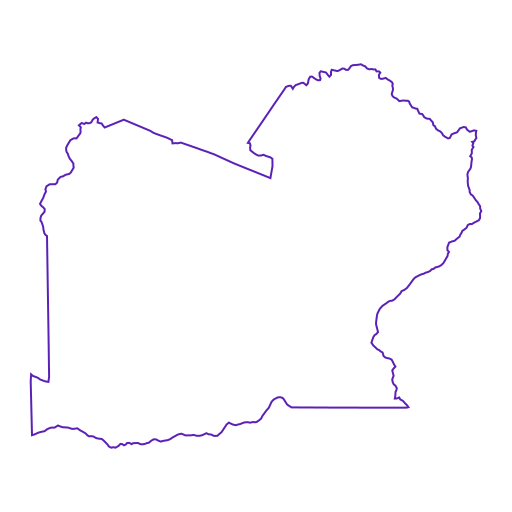 Pedra Preta, Mato Grosso, Brazil (Albers equal-area conic projection)
{"feature_id": "56859067B80080271615532", "entity_name": "Pedra Preta", "entity_type": "district", "adm_level": 2, "iso_a3": "BRA", "parent_name": "Brazil", "parent_adm1": "Mato Grosso", "projection": "albers", "projection_center": [-54.182, -16.79], "detail": "fine", "context": "isolated", "style": "outline", "palette": "violet", "viewbox_px": 512, "rotation_deg": 0, "n_neighbors": 0, "source": "geoboundaries", "source_scale": "gbopen_adm2", "svg_char_len": 5930}
<svg xmlns="http://www.w3.org/2000/svg" viewBox="0 0 512 512"><path d="M459.6,236.6L460.2,234.9L461.7,232.5L462.3,230.9L464.4,229.5L466.6,227.7L467.7,225.2L469.7,224.0L471.8,224.1L474.0,222.7L476.4,221.5L478.8,220.3L480.0,218.3L480.1,216.1L480.0,213.4L481.3,211.2L480.2,208.6L480.1,206.2L478.8,204.3L477.4,201.9L475.8,200.2L474.4,198.0L472.7,195.6L470.8,194.3L469.6,191.9L469.7,190.1L469.0,188.4L468.1,185.7L467.8,183.2L467.7,180.7L467.9,178.2L467.5,175.8L467.5,173.9L468.1,172.0L469.1,170.5L470.2,169.0L470.9,167.4L471.2,165.1L471.5,161.8L472.0,159.3L471.7,157.4L470.2,156.3L471.8,153.4L471.8,149.7L473.5,147.0L472.4,145.6L473.3,143.2L472.2,141.9L474.4,141.3L475.2,139.6L476.4,138.0L475.8,135.3L475.9,132.9L476.3,130.8L473.9,130.4L469.8,131.8L467.0,129.6L465.8,127.4L463.7,127.0L460.0,128.3L457.1,132.3L453.9,133.4L451.6,134.4L450.6,136.4L449.8,138.0L448.1,138.4L445.1,136.8L443.1,135.3L442.1,133.4L440.4,131.5L437.9,130.3L436.0,128.7L435.0,126.3L433.3,125.0L432.8,122.3L431.2,120.6L429.8,118.9L426.5,118.5L424.3,117.2L422.3,114.1L419.4,113.6L418.2,111.0L417.3,108.8L415.7,108.6L413.8,107.8L412.2,107.4L409.7,103.5L409.2,101.7L407.8,100.7L406.1,100.8L404.2,100.5L402.5,100.6L399.3,101.1L397.7,99.5L396.3,98.4L393.8,97.3L392.5,96.0L391.7,94.1L393.0,89.7L392.8,87.5L392.3,85.6L392.8,83.8L391.8,82.0L389.3,80.3L387.4,79.3L385.8,77.9L382.2,78.9L380.4,78.7L379.1,77.8L378.9,74.9L380.3,72.6L379.0,71.4L376.5,71.4L375.4,69.4L373.6,69.5L371.7,69.0L369.3,69.3L367.1,68.5L365.0,66.2L363.4,65.7L361.0,64.3L357.9,64.8L352.8,65.2L350.8,66.2L349.8,67.8L348.2,69.8L346.1,69.9L344.2,68.7L342.4,68.5L339.9,70.0L337.5,71.1L331.7,69.8L331.0,71.7L331.0,74.9L329.4,76.7L328.2,75.4L326.0,72.5L320.8,71.3L319.5,72.8L319.6,75.3L320.0,76.9L320.6,78.5L320.1,80.1L318.2,80.3L316.2,79.5L312.0,76.6L310.2,76.7L308.7,79.2L307.9,83.4L306.4,85.2L303.3,82.8L301.6,82.9L298.3,84.2L295.7,85.1L294.1,86.6L292.8,88.8L290.9,85.8L289.0,85.8L285.9,86.9L284.3,89.5L274.5,103.7L267.4,114.2L249.0,141.1L247.9,142.9L249.9,143.3L250.5,145.3L250.1,147.6L250.3,150.2L252.4,151.9L254.5,153.5L256.1,154.5L258.3,155.6L261.1,155.5L263.5,154.8L266.1,156.0L268.6,156.8L270.5,157.4L272.4,158.8L272.5,166.2L270.4,178.1L250.9,170.2L248.3,169.2L233.8,163.3L218.0,156.1L215.0,154.7L212.8,153.8L210.8,153.2L208.9,152.4L207.3,151.8L204.8,151.0L203.2,150.4L201.4,149.8L199.8,149.2L196.1,147.9L194.5,147.3L192.8,146.8L190.9,146.0L188.9,145.4L187.2,144.8L185.2,144.1L180.8,142.6L177.6,143.3L175.9,143.1L172.5,143.4L172.1,140.2L167.2,137.8L163.9,136.6L160.0,135.3L157.6,134.4L155.6,133.7L153.4,132.8L150.2,130.8L123.8,119.7L104.7,127.5L103.0,125.6L101.7,123.5L99.8,123.2L97.6,122.5L97.8,120.8L98.0,118.9L96.3,117.1L93.9,118.6L92.6,119.8L91.3,122.3L89.8,123.1L88.0,123.3L86.0,122.7L84.2,124.0L81.7,123.0L78.9,125.3L80.8,127.3L80.4,129.5L80.6,131.4L80.3,133.3L78.1,136.2L76.5,138.4L74.1,138.3L72.5,138.9L70.3,140.3L69.2,142.1L67.4,145.1L66.1,147.9L66.2,150.3L66.7,152.2L67.7,153.5L68.7,156.5L69.8,158.7L71.8,161.2L73.4,163.6L73.4,165.6L73.7,167.7L72.1,170.3L70.9,172.4L69.3,173.9L65.5,174.8L63.1,176.3L60.6,176.9L59.0,178.4L57.8,179.7L57.1,182.6L55.4,184.2L53.0,184.2L49.6,184.3L46.5,186.3L45.4,189.4L46.0,191.5L44.5,194.3L43.3,197.7L41.7,200.6L40.0,203.9L41.6,206.1L43.2,207.3L44.7,209.1L44.6,211.7L41.3,215.5L40.5,217.9L40.4,220.6L41.6,222.1L42.5,224.7L43.2,226.9L43.4,229.1L43.8,231.0L44.4,233.3L45.5,234.9L47.0,236.0L48.7,346.8L49.1,377.0L48.4,381.9L45.4,381.4L42.2,380.3L40.0,379.4L38.2,378.0L35.9,377.0L33.0,376.0L31.1,374.3L30.7,381.5L32.0,435.2L34.3,434.5L35.9,433.8L38.5,432.6L41.5,431.8L44.5,431.2L47.2,429.2L49.4,428.2L51.2,427.6L54.6,427.6L58.0,425.5L60.6,426.6L63.1,427.3L67.8,427.5L72.1,428.9L74.0,428.8L77.3,428.3L80.2,430.4L82.2,431.4L85.7,433.5L87.4,435.3L89.1,436.3L91.3,436.2L93.4,436.5L96.2,438.1L98.5,438.6L101.8,439.0L103.7,440.6L105.2,442.1L107.4,444.4L108.9,446.5L111.3,447.7L113.3,447.2L115.4,447.7L118.6,445.9L120.4,443.9L122.2,444.1L123.9,445.3L125.8,444.5L127.1,443.0L129.4,442.9L131.6,444.2L133.0,443.2L134.8,443.1L138.1,443.0L140.4,444.2L142.9,444.3L145.0,443.9L146.8,443.1L148.9,442.7L151.0,440.9L153.6,439.3L155.8,439.3L158.7,440.8L160.9,441.6L162.5,441.0L167.8,440.1L170.1,439.2L172.5,437.5L178.0,434.5L181.3,433.7L183.4,434.5L185.5,435.4L191.4,435.3L193.5,434.9L196.9,435.8L199.9,435.8L202.9,434.9L206.4,433.2L208.6,434.3L211.1,434.5L213.9,435.9L217.4,435.8L219.1,434.2L221.5,432.2L226.7,424.4L228.9,422.6L230.6,423.5L233.0,424.6L235.8,425.2L238.0,424.5L240.0,424.1L244.4,422.4L247.8,422.2L250.1,422.7L253.1,422.0L254.8,422.3L256.6,422.0L259.1,420.3L261.1,418.6L262.3,416.1L263.7,414.2L266.4,410.5L268.8,407.8L270.4,404.4L271.4,402.1L272.7,400.5L274.4,399.1L277.8,397.4L280.2,397.2L282.6,397.9L284.1,399.7L285.0,401.2L287.2,404.6L289.3,406.0L291.5,407.4L335.7,407.6L406.4,407.7L408.4,407.2L407.0,405.2L405.5,403.8L404.1,402.2L402.8,400.8L400.2,399.4L399.2,397.5L396.7,398.5L394.8,398.5L395.2,396.7L395.4,394.5L395.5,391.9L396.5,389.9L396.8,388.1L395.4,385.6L393.8,384.4L392.8,382.4L392.2,379.5L393.6,375.7L392.7,372.3L392.3,370.3L393.5,368.6L395.4,366.6L393.9,364.2L392.8,361.8L391.6,359.6L389.4,358.5L386.8,358.0L385.1,357.4L383.5,355.9L382.6,352.5L380.3,351.2L379.1,350.0L377.3,349.3L375.3,347.3L373.3,345.5L371.4,342.7L372.2,340.3L373.4,337.0L374.6,335.1L376.1,334.2L378.0,332.2L377.1,328.3L376.4,325.9L376.0,323.6L376.2,321.3L376.4,319.6L376.7,317.6L377.0,315.1L377.7,312.9L378.9,310.7L379.7,309.0L382.3,306.0L384.3,304.6L386.4,303.2L388.6,301.5L390.3,300.9L392.4,300.6L394.6,299.2L396.7,297.0L400.2,293.6L401.6,291.1L404.4,289.9L407.0,287.9L409.7,284.4L413.4,279.3L415.1,277.5L419.5,275.2L421.2,274.4L423.8,273.7L425.5,272.7L427.8,272.1L430.2,270.9L431.8,269.2L433.5,269.0L435.4,267.4L437.3,267.0L439.1,266.4L441.2,265.2L443.3,263.2L444.8,260.7L445.9,258.8L447.5,256.1L447.9,253.7L449.0,252.0L447.4,250.2L447.4,246.8L448.3,244.8L449.0,242.7L452.1,241.4L454.6,240.8L456.7,238.9L458.1,237.8L459.6,236.6Z" fill="none" stroke="#5b21b6" stroke-width="2"/></svg>